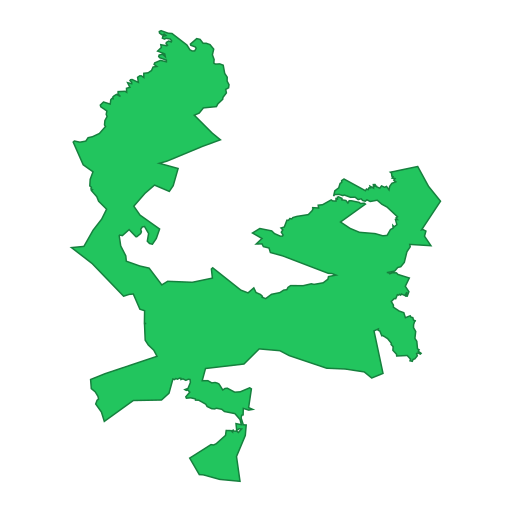 Miahuatlán de Porfirio Díaz, Oaxaca, Mexico (Equal Earth projection), rotated 90°
{"feature_id": "50627088B48092332426149", "entity_name": "Miahuatlán de Porfirio Díaz", "entity_type": "district", "adm_level": 2, "iso_a3": "MEX", "parent_name": "Mexico", "parent_adm1": "Oaxaca", "projection": "equal_earth", "projection_center": [-96.649, 16.361], "detail": "fine", "context": "isolated", "style": "filled", "palette": "green", "viewbox_px": 512, "rotation_deg": 90, "n_neighbors": 0, "source": "geoboundaries", "source_scale": "gbopen_adm2", "svg_char_len": 6048}
<svg xmlns="http://www.w3.org/2000/svg" viewBox="0 0 512 512"><g transform="rotate(90 256 256)"><path d="M201.2,71.5L186.3,83.5L166.5,94.3L172.2,121.6L173.1,120.5L176.2,120.1L176.7,119.0L178.1,119.9L178.6,117.0L180.2,118.2L181.8,116.2L183.3,120.1L186.3,122.3L189.9,123.0L186.4,125.5L187.3,127.4L185.9,130.5L188.2,132.2L186.8,135.4L184.5,137.0L184.6,138.7L185.9,138.5L186.2,136.9L186.9,138.7L188.1,138.5L186.2,142.0L187.9,141.5L187.8,143.0L189.7,143.9L189.0,145.5L190.7,146.6L179.0,168.0L180.6,170.4L182.4,170.3L183.4,171.9L187.9,173.3L190.8,177.2L196.1,178.4L194.6,177.4L194.4,172.9L195.6,169.1L195.0,167.8L197.3,161.5L197.2,156.9L199.6,153.8L198.8,150.9L200.5,149.3L201.2,146.7L199.8,145.1L201.5,141.8L200.2,134.8L204.2,130.2L207.1,124.9L216.8,114.5L218.0,116.0L219.6,114.6L219.6,116.5L224.7,115.1L226.8,117.9L225.5,119.1L228.2,118.9L229.5,121.5L235.4,124.9L235.8,129.2L233.6,136.9L232.3,152.6L228.4,161.9L222.0,171.5L204.1,146.6L203.2,147.7L203.5,151.5L202.4,152.8L200.8,160.4L200.7,162.8L203.0,164.1L200.5,166.1L199.8,170.2L198.4,170.0L196.8,173.6L197.3,174.7L199.1,174.6L198.6,176.0L201.1,176.0L200.9,179.4L199.9,180.8L204.7,189.4L205.2,193.8L208.0,193.4L207.6,199.9L208.3,198.7L210.7,199.9L214.6,203.7L216.4,215.1L217.6,219.2L218.9,220.3L218.5,222.1L220.3,223.5L220.2,225.1L227.0,227.7L228.0,231.0L229.9,229.2L232.2,230.7L235.0,228.9L236.1,229.5L236.2,231.6L233.6,237.5L230.9,240.3L228.5,252.2L233.0,259.5L238.5,250.0L244.0,255.8L243.9,250.0L246.6,248.6L248.0,243.0L252.5,241.6L255.9,229.3L273.3,183.8L273.5,180.1L275.1,176.0L276.6,183.5L279.2,184.1L282.8,188.8L284.4,198.0L283.8,200.7L285.7,208.9L285.6,221.4L287.4,224.0L289.7,225.2L290.1,228.3L292.6,232.1L294.3,240.5L298.6,246.3L297.3,249.9L296.3,249.6L294.5,251.5L292.5,256.0L287.9,258.2L292.9,264.0L290.1,271.2L267.8,299.3L269.0,300.6L278.1,299.6L282.3,319.7L281.3,344.3L284.9,350.2L268.1,362.9L266.0,372.2L261.2,385.7L255.9,386.2L245.9,391.3L235.7,392.8L235.1,392.3L235.6,389.6L229.6,382.9L236.7,376.1L236.7,375.2L233.6,371.4L231.8,370.6L229.3,371.3L226.9,369.7L226.5,367.5L233.5,363.4L241.2,364.7L243.5,362.5L244.2,359.6L238.5,355.7L229.0,352.4L215.1,372.0L206.2,378.2L193.3,367.0L185.1,357.5L191.4,342.7L185.7,338.8L168.5,333.9L163.3,352.7L161.2,345.2L146.4,309.6L139.8,291.6L133.1,299.8L115.2,317.7L113.1,312.8L107.9,308.6L106.6,295.6L103.8,294.1L99.3,289.3L97.5,289.1L92.9,285.6L89.4,286.3L87.8,283.4L84.7,283.0L81.1,284.9L77.2,284.8L73.4,287.3L65.2,288.8L63.9,292.2L64.1,296.6L63.1,298.2L59.5,297.9L54.8,299.6L49.1,298.3L44.6,302.0L43.3,305.7L43.3,308.9L39.4,311.9L38.6,315.3L44.1,321.6L45.3,321.2L46.9,316.8L48.3,315.8L50.9,317.3L51.0,319.8L49.8,322.1L45.0,325.1L33.5,340.0L33.2,343.9L30.7,350.9L31.5,352.7L33.0,352.5L34.8,350.2L34.9,348.7L34.0,347.9L35.5,346.1L36.4,349.2L38.2,349.6L39.1,347.5L38.3,345.9L39.0,341.8L40.9,340.3L42.0,340.8L41.0,343.2L42.4,345.6L43.6,345.9L45.2,344.5L45.8,345.2L44.7,351.2L47.5,350.7L51.1,354.4L53.9,347.3L56.7,346.7L54.3,349.4L55.0,352.8L56.5,353.3L57.7,352.4L60.1,345.6L61.8,345.6L60.4,351.5L62.9,357.3L64.4,357.9L66.5,355.2L67.0,358.9L70.5,360.5L72.8,363.9L73.3,368.2L77.5,368.2L75.9,370.5L75.8,372.2L77.3,374.4L82.4,373.6L79.5,379.9L79.7,381.4L80.6,382.0L82.2,380.3L83.7,380.3L82.7,384.4L87.3,382.1L88.3,385.5L92.3,385.3L91.3,386.9L91.6,393.9L93.9,394.0L96.5,391.6L94.4,395.5L95.9,398.0L97.1,399.2L98.7,398.9L98.5,400.1L99.7,401.2L104.1,401.8L102.0,408.5L105.1,411.7L106.8,411.2L111.0,405.1L114.3,405.8L116.5,404.9L120.6,407.1L124.9,407.5L126.5,406.5L133.5,412.6L136.7,419.5L137.7,423.9L141.1,426.2L142.2,432.1L141.0,437.6L142.1,438.8L164.8,428.8L171.8,419.0L179.3,421.8L185.9,422.2L187.3,420.6L189.0,421.1L189.6,419.6L190.5,420.6L196.7,415.2L201.2,413.4L209.2,405.4L219.1,410.3L230.2,418.9L246.4,428.1L247.6,440.5L263.6,419.8L296.2,388.4L294.4,382.9L294.0,378.7L309.2,372.1L310.7,367.4L323.5,367.6L323.4,365.8L323.8,367.5L340.2,366.8L345.0,363.7L350.2,358.2L356.3,355.0L373.7,407.0L379.5,421.4L388.6,420.7L391.8,416.8L396.6,413.9L399.2,413.5L400.2,414.9L404.0,416.3L412.0,410.6L421.4,407.7L400.5,378.7L400.0,350.5L393.2,343.0L379.0,339.1L379.6,337.5L378.5,336.1L379.2,334.6L378.1,332.5L378.3,331.1L379.5,331.1L378.9,328.9L380.3,326.2L379.2,323.5L379.5,321.9L382.5,321.6L388.4,324.0L389.6,327.1L390.4,325.7L390.0,324.3L392.1,322.2L396.8,326.2L398.2,325.6L397.8,321.4L398.9,316.6L400.1,316.5L400.2,313.3L404.2,306.2L406.5,304.9L408.7,300.3L408.9,297.3L408.2,295.6L409.3,290.2L411.5,287.6L413.6,277.1L419.5,272.0L424.7,270.6L423.6,276.0L430.4,275.3L428.7,272.8L429.0,270.4L432.5,273.7L431.2,275.2L431.1,278.6L430.2,278.7L430.5,279.6L432.0,279.5L430.6,281.1L430.5,285.8L435.4,286.5L443.8,295.9L445.0,298.5L444.6,301.0L458.1,322.3L474.6,312.7L474.8,308.9L479.4,292.3L481.3,272.0L456.5,275.5L435.5,266.7L425.0,265.8L424.8,268.7L417.9,270.9L415.2,270.3L414.9,268.9L408.4,268.7L410.1,263.3L409.4,259.3L407.6,263.4L388.9,260.6L387.8,262.3L391.8,271.7L392.2,277.2L388.2,284.7L388.5,287.1L390.0,289.2L384.0,293.0L383.2,294.5L382.5,296.9L382.9,300.2L380.7,304.1L380.7,309.8L368.5,306.5L364.0,268.0L348.9,252.8L350.7,232.1L355.6,222.8L368.2,185.4L369.0,166.9L371.9,147.8L378.0,140.3L373.4,129.0L330.9,138.0L328.9,133.6L330.3,133.8L331.0,132.2L335.8,130.2L335.6,129.2L338.6,124.4L343.2,120.7L344.5,120.9L346.6,118.9L350.3,119.1L354.2,115.5L356.0,115.3L355.5,104.8L359.1,101.5L360.8,102.0L361.3,99.7L359.4,98.9L358.9,97.2L355.8,94.7L353.5,95.4L353.0,94.0L354.1,91.7L353.3,90.9L351.2,93.8L349.8,92.9L348.8,94.5L341.3,95.2L338.4,97.1L331.5,96.3L327.6,98.5L324.6,98.4L320.9,97.2L321.0,96.1L320.1,98.5L317.6,99.2L317.2,101.0L315.8,101.8L317.7,106.6L312.7,108.2L311.0,112.9L307.2,118.6L305.1,118.6L301.5,120.7L298.6,117.8L298.7,116.3L294.7,114.6L295.1,113.3L294.3,112.5L295.1,111.3L294.0,110.6L295.5,107.1L292.1,105.1L296.1,106.1L296.2,104.8L291.7,103.1L286.3,106.7L278.0,102.7L274.4,114.2L272.9,115.5L272.7,119.4L273.8,122.3L272.6,123.4L272.6,125.2L271.1,117.3L267.5,114.3L266.7,111.2L262.4,107.7L251.8,105.1L246.8,101.8L244.4,102.3L245.7,81.1L236.2,87.5L231.1,86.1L229.5,89.1L229.8,90.4L201.2,71.5Z" fill="#22c55e" stroke="#15803d" stroke-width="1.5"/></g></svg>